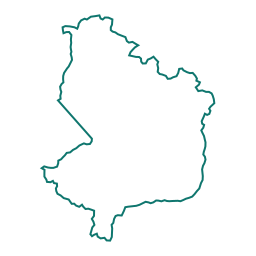 Campos Verdes, Goiás, Brazil (orthographic projection)
{"feature_id": "56859067B87172144866802", "entity_name": "Campos Verdes", "entity_type": "district", "adm_level": 2, "iso_a3": "BRA", "parent_name": "Brazil", "parent_adm1": "Goiás", "projection": "orthographic", "projection_center": [-49.665, -14.2], "detail": "fine", "context": "isolated", "style": "outline", "palette": "teal", "viewbox_px": 256, "rotation_deg": 0, "n_neighbors": 0, "source": "geoboundaries", "source_scale": "gbopen_adm2", "svg_char_len": 2696}
<svg xmlns="http://www.w3.org/2000/svg" viewBox="0 0 256 256"><path d="M179.2,68.9L178.2,73.0L176.5,76.2L173.0,77.3L170.6,78.6L167.7,78.8L165.9,75.9L162.2,74.5L159.7,74.0L157.7,71.8L158.2,68.1L157.3,64.4L158.2,61.8L155.9,59.5L153.5,56.7L150.6,58.5L147.8,59.6L145.8,63.4L142.7,63.5L141.2,61.6L141.0,58.6L139.1,57.0L135.9,56.9L132.4,56.1L129.2,55.4L130.5,52.2L132.7,49.7L134.9,47.4L138.2,45.3L135.4,43.7L132.5,41.9L128.9,42.6L126.9,41.1L125.4,37.1L121.7,35.7L117.9,34.2L115.4,32.4L112.6,31.6L110.8,30.1L110.8,27.3L112.0,24.6L112.4,19.4L108.3,17.6L104.9,17.5L102.7,19.5L100.6,18.5L99.4,15.4L95.5,16.1L90.9,16.7L86.9,19.5L84.6,18.7L81.1,20.4L78.8,23.5L78.2,26.4L77.2,28.7L74.5,27.3L69.8,26.4L65.3,26.1L62.6,27.3L62.9,30.1L63.5,33.2L66.3,32.1L69.1,32.0L71.4,35.0L70.9,39.5L71.2,42.9L70.6,47.0L70.9,49.2L71.4,51.8L70.7,54.0L71.7,57.4L72.0,59.9L70.9,62.1L68.7,66.5L67.1,68.4L64.1,72.9L63.2,76.0L63.1,79.1L63.4,82.4L61.6,84.0L60.1,86.7L60.5,89.6L61.3,91.9L60.3,95.8L60.6,98.8L58.0,100.4L91.9,138.7L91.7,141.3L89.9,144.0L86.6,144.3L83.9,143.4L81.9,144.3L79.4,145.5L76.3,148.2L73.0,149.9L70.1,152.4L66.7,152.9L64.9,155.3L62.9,157.3L61.1,159.3L58.3,160.6L58.2,163.3L57.1,166.6L53.3,167.9L51.1,167.9L47.9,167.5L44.2,166.4L41.7,168.2L44.5,169.8L44.4,173.3L44.4,176.6L46.4,179.7L47.0,181.9L50.5,182.2L52.9,180.9L54.0,183.1L56.9,183.6L57.1,186.2L55.9,188.4L56.3,191.1L57.5,193.8L60.6,195.4L63.7,198.1L68.7,199.5L71.7,203.8L74.2,203.7L76.1,205.6L79.2,206.8L82.0,204.7L83.2,206.6L85.5,209.0L88.3,208.7L90.8,209.5L94.1,210.7L94.0,215.9L91.8,218.9L93.4,221.6L94.4,224.9L92.3,227.4L91.4,230.7L90.4,234.2L92.0,236.2L94.1,234.8L96.8,233.7L97.7,236.6L100.6,238.4L104.5,237.8L106.6,240.4L110.1,240.6L111.8,237.0L112.0,232.7L112.2,228.4L111.6,224.8L113.3,222.9L114.1,218.9L115.6,216.0L117.8,215.2L121.7,215.5L123.9,210.9L125.3,207.2L128.1,206.7L136.3,205.8L139.5,204.8L145.6,201.8L148.6,202.4L150.6,203.2L153.3,202.4L156.1,200.5L158.3,200.6L161.4,201.3L164.6,200.2L166.9,201.0L169.3,201.2L172.4,201.0L177.7,200.8L180.5,201.2L183.3,200.0L186.0,198.7L189.1,197.8L192.2,196.6L194.5,194.2L197.0,191.0L199.3,188.5L201.0,183.1L202.6,180.0L202.8,176.1L202.1,169.4L203.0,165.8L204.4,163.2L205.5,159.6L204.9,156.7L203.3,154.5L203.8,151.8L204.7,149.1L205.4,146.4L205.5,142.3L204.8,139.5L204.0,136.0L202.5,133.0L201.3,130.4L203.3,127.7L204.1,124.9L202.2,123.7L201.7,121.2L203.8,116.6L204.9,113.7L207.1,114.9L209.3,113.9L210.4,110.8L209.1,108.8L210.5,106.7L214.3,103.2L213.8,99.2L212.7,95.6L211.6,93.4L209.0,91.9L206.1,91.9L202.3,90.4L198.3,91.1L195.8,87.3L199.0,84.6L199.9,82.3L196.4,80.7L196.9,78.5L195.3,75.8L192.7,72.9L189.9,73.1L187.1,72.2L183.4,70.3L182.2,68.5L179.2,68.9Z" fill="none" stroke="#0f766e" stroke-width="2"/></svg>